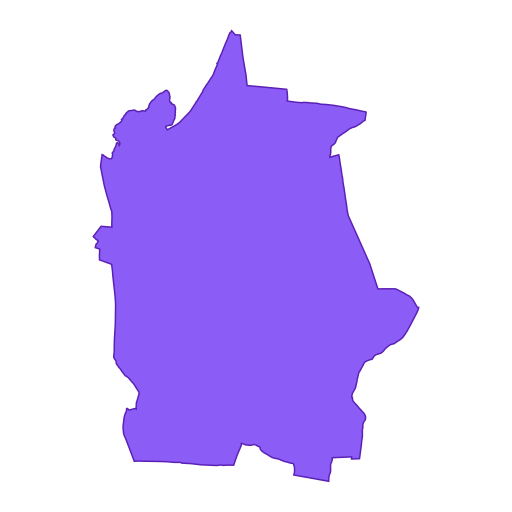 Romani, Neamt, Romania
{"feature_id": "2599482B46958665010452", "entity_name": "Romani", "entity_type": "district", "adm_level": 2, "iso_a3": "ROU", "parent_name": "Romania", "parent_adm1": "Neamt", "projection": "natural_earth1", "projection_center": [26.711, 46.815], "detail": "fine", "context": "isolated", "style": "filled", "palette": "violet", "viewbox_px": 512, "rotation_deg": 0, "n_neighbors": 0, "source": "geoboundaries", "source_scale": "gbopen_adm2", "svg_char_len": 6049}
<svg xmlns="http://www.w3.org/2000/svg" viewBox="0 0 512 512"><path d="M359.5,458.7L361.3,445.4L361.8,440.3L362.4,436.6L362.4,429.1L362.4,428.8L362.7,428.4L362.9,427.5L362.8,425.7L362.8,424.8L363.1,423.6L364.0,421.5L364.8,420.6L365.1,420.2L365.3,419.7L365.6,418.3L365.5,416.4L365.2,415.5L364.4,414.0L363.6,412.9L362.2,411.5L360.9,409.9L359.3,408.3L357.4,405.9L354.3,402.6L352.7,400.4L352.4,397.3L351.7,397.2L351.9,395.3L352.5,393.2L355.2,388.4L355.7,387.0L356.5,383.2L356.9,381.8L357.0,381.1L357.1,379.5L357.7,377.7L357.9,376.3L358.8,372.8L359.3,371.9L360.1,370.7L362.2,366.8L363.5,364.4L364.0,363.1L365.1,362.0L366.0,361.4L367.3,360.7L370.7,359.5L371.9,359.4L372.6,358.6L373.7,356.7L374.7,355.5L376.3,354.6L380.2,353.4L381.8,352.6L383.6,350.9L384.5,349.7L385.4,348.6L389.1,345.5L389.8,345.0L390.8,344.5L394.3,343.6L397.3,341.4L400.3,339.6L402.9,337.3L404.7,334.8L407.2,330.9L410.7,324.5L416.9,312.6L418.2,309.6L418.4,308.6L418.7,307.5L417.9,307.5L417.2,307.0L416.8,306.5L414.7,302.7L412.9,299.7L411.4,297.8L409.7,296.3L408.9,295.8L406.5,294.7L405.0,293.6L396.2,289.1L394.6,288.8L386.3,288.8L377.9,288.9L369.7,263.7L348.2,215.5L347.0,209.2L346.6,205.5L345.6,199.3L344.2,189.3L343.0,182.3L342.5,177.5L342.1,176.0L340.9,167.6L340.5,165.6L340.1,162.8L339.8,161.5L339.8,160.4L338.8,154.8L332.0,156.6L330.3,157.3L330.1,157.4L329.7,156.8L329.7,156.4L329.8,156.0L330.3,155.2L330.4,154.7L330.8,151.8L330.7,148.9L331.2,146.6L331.4,146.2L334.4,143.8L335.3,142.7L335.6,142.2L336.1,140.5L336.7,139.5L337.8,137.0L338.9,136.4L342.6,133.7L345.9,131.6L349.2,129.0L352.3,127.5L354.4,127.0L356.3,126.1L360.4,123.6L363.6,121.0L365.0,120.4L365.5,116.5L365.9,114.8L366.1,112.2L365.8,111.9L365.3,111.8L361.0,111.0L356.6,109.9L349.9,108.7L345.2,107.4L342.3,106.8L334.0,105.4L326.2,104.5L320.7,104.2L317.2,103.3L310.0,102.9L308.0,102.6L304.2,102.4L303.3,102.4L302.9,102.6L301.8,102.7L295.7,102.2L287.2,101.0L287.5,99.8L287.5,97.2L287.2,92.4L286.7,89.3L260.8,86.8L247.1,85.6L246.0,75.1L243.0,57.7L240.2,35.0L235.2,34.8L231.6,30.7L230.6,32.5L230.2,32.9L229.9,32.9L229.6,33.5L228.6,35.8L227.4,39.3L226.2,41.8L223.3,48.9L223.1,49.6L222.8,50.1L222.4,51.1L222.0,52.7L221.0,54.5L220.0,56.9L217.6,63.2L217.1,63.2L216.9,63.3L217.3,64.0L217.3,64.4L216.8,65.8L215.0,69.9L213.2,74.7L212.5,75.9L210.9,78.3L206.9,84.4L206.3,85.1L203.4,89.7L203.1,90.2L203.0,91.1L197.8,99.6L197.1,101.1L196.6,101.3L196.1,102.0L195.3,103.5L190.8,110.5L189.6,112.0L179.8,122.2L177.8,123.8L174.9,125.6L167.3,129.8L165.6,126.9L165.6,126.6L165.8,126.4L167.3,125.8L168.9,125.4L170.9,125.2L171.5,124.9L172.2,124.3L172.5,123.7L173.2,121.8L173.5,121.2L174.1,119.8L174.6,119.0L174.9,117.7L175.0,117.3L174.9,115.8L175.3,115.2L175.3,114.5L175.1,113.7L175.1,113.1L175.4,112.4L175.2,110.7L175.6,109.1L175.4,107.8L175.4,107.5L174.7,105.8L174.3,105.0L171.1,103.5L171.4,102.8L169.9,101.7L169.9,101.4L169.5,100.7L169.9,97.5L169.9,96.8L170.0,96.6L169.5,95.2L169.4,93.9L169.1,93.0L168.9,92.5L167.8,91.1L167.2,90.6L166.4,90.3L166.0,90.3L164.9,91.0L162.0,93.1L161.6,93.3L160.4,93.3L158.5,94.6L158.0,95.2L157.0,95.8L155.5,97.4L155.0,98.4L154.3,98.9L153.8,99.7L153.0,100.1L152.7,100.1L152.2,100.6L152.1,100.8L151.8,100.9L149.4,104.2L148.5,107.7L146.7,109.6L145.8,109.9L145.6,111.0L145.4,111.2L142.5,110.7L141.7,110.7L140.5,111.5L140.1,111.6L139.0,111.4L137.8,111.8L135.6,110.7L134.8,110.1L133.9,110.1L130.4,110.7L128.9,110.8L128.2,111.2L128.0,111.7L126.9,112.3L126.5,112.7L126.2,113.1L126.2,113.4L126.1,113.7L125.6,113.9L125.5,114.4L124.4,115.4L123.9,116.1L123.5,117.1L123.2,117.4L123.0,117.8L122.9,118.5L122.4,118.7L121.5,119.4L121.8,119.8L121.6,121.1L119.2,123.4L116.3,124.9L115.4,126.0L115.0,126.8L115.0,127.4L115.4,127.9L114.4,128.6L114.1,129.2L113.9,130.0L113.9,131.0L114.4,132.1L114.6,132.8L114.6,133.4L114.4,133.7L113.3,134.5L112.9,135.0L113.8,137.0L114.4,137.4L115.1,137.7L115.7,138.2L115.8,138.6L115.8,139.8L118.4,141.0L119.5,142.0L119.9,143.6L119.8,144.4L119.4,144.7L119.2,145.3L118.8,144.4L117.9,143.0L117.1,142.7L116.4,143.5L116.1,145.2L115.6,146.6L114.7,148.2L113.9,150.2L113.8,151.1L112.3,152.8L112.3,153.5L112.6,154.5L112.6,155.2L112.3,156.3L112.2,157.1L111.7,158.4L111.2,158.8L109.5,158.8L107.0,157.9L105.9,157.0L104.4,156.1L102.9,154.8L102.1,154.6L100.5,166.5L104.3,185.7L106.8,195.0L109.0,202.4L110.3,207.2L110.9,209.2L111.5,210.6L111.8,211.6L112.0,217.5L111.8,223.6L111.8,226.0L111.9,227.2L101.1,226.3L93.3,236.5L93.5,236.7L93.7,237.1L94.1,237.5L94.6,237.8L95.1,238.2L95.8,239.1L96.8,239.9L97.9,240.3L98.2,240.9L97.7,241.6L97.7,242.6L96.3,243.9L96.1,244.2L96.0,244.7L95.7,245.4L95.3,247.6L99.7,249.1L99.4,256.0L99.5,259.9L111.6,264.3L112.5,271.3L112.8,275.5L115.1,296.5L115.6,304.2L115.3,324.6L114.4,339.3L114.2,349.9L114.3,350.9L114.1,352.5L114.1,353.4L113.9,354.6L113.7,356.4L114.0,358.0L114.5,358.9L116.1,361.1L116.2,362.9L116.4,363.9L118.4,366.6L118.7,367.2L120.2,368.8L121.9,371.4L125.2,375.7L126.8,376.5L128.6,378.0L132.3,382.4L133.4,383.4L138.6,391.6L139.1,392.6L139.1,393.1L138.6,395.3L137.3,399.9L136.4,402.6L136.1,408.0L136.2,409.1L135.2,408.6L134.5,408.6L129.9,409.9L128.8,409.8L128.1,409.0L127.4,408.5L127.0,408.4L126.7,408.6L126.5,408.9L126.5,410.8L126.1,411.8L125.1,413.9L124.1,417.6L123.1,426.0L123.1,427.9L123.4,431.9L123.6,433.4L124.2,435.3L126.3,440.3L134.3,461.3L138.5,461.0L142.1,461.2L155.7,461.4L166.7,461.7L174.6,462.4L180.5,462.4L181.7,463.1L190.7,463.6L201.0,464.8L216.7,465.5L221.3,464.9L222.5,465.4L227.7,465.1L233.7,465.2L236.0,458.3L237.7,453.8L241.1,445.9L241.4,443.4L244.0,444.2L245.7,444.9L247.4,445.0L250.3,445.4L253.8,444.6L254.6,444.6L255.6,444.8L257.8,446.2L259.1,446.7L259.8,447.1L260.2,447.9L260.2,448.9L260.8,449.9L262.7,451.8L264.3,452.9L266.9,454.3L270.7,456.7L272.2,457.5L274.4,458.2L278.4,459.0L279.5,459.4L283.6,461.2L288.0,462.3L289.6,462.9L293.1,463.5L293.3,463.6L293.6,464.2L293.9,465.5L294.3,466.3L294.5,468.3L294.6,470.5L294.4,472.7L293.8,475.0L328.7,481.3L328.9,477.1L329.4,474.6L330.2,473.1L330.6,470.8L330.6,464.5L330.9,463.4L331.5,462.4L332.3,459.5L332.3,457.7L351.6,456.9L351.5,459.0L359.5,458.7Z" fill="#8b5cf6" stroke="#5b21b6" stroke-width="1.5"/></svg>